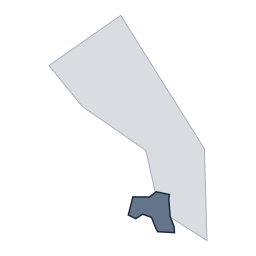 Baie Lazare highlighted on a map of Seychelles
{"feature_id": "SYC-5203", "entity_name": "Baie Lazare", "entity_type": "state/province", "adm_level": 1, "iso_a3": "SYC", "parent_name": "Seychelles", "parent_adm1": "", "projection": "albers", "projection_center": [55.49, -4.757], "detail": "fine", "context": "in_parent", "style": "filled", "palette": "slate", "viewbox_px": 256, "rotation_deg": 0, "n_neighbors": 0, "source": "natural_earth", "source_scale": "10m", "svg_char_len": 466}
<svg xmlns="http://www.w3.org/2000/svg" viewBox="0 0 256 256"><path d="M204.4,148.8L207.0,240.6L159.2,209.9L145.9,150.5L82.1,106.3L49.0,65.5L120.7,15.4L204.4,148.8Z" fill="#d9dde1" stroke="#a8b0b8" stroke-width="1"/><path d="M157.7,231.7L155.7,228.0L151.5,217.4L142.7,214.1L135.7,218.7L128.3,215.0L132.9,196.9L149.4,197.0L156.1,191.8L169.4,194.5L168.8,198.6L170.1,216.5L174.0,226.5L174.5,232.6L157.7,231.7Z" fill="#64748b" stroke="#1e293b" stroke-width="1.5"/></svg>